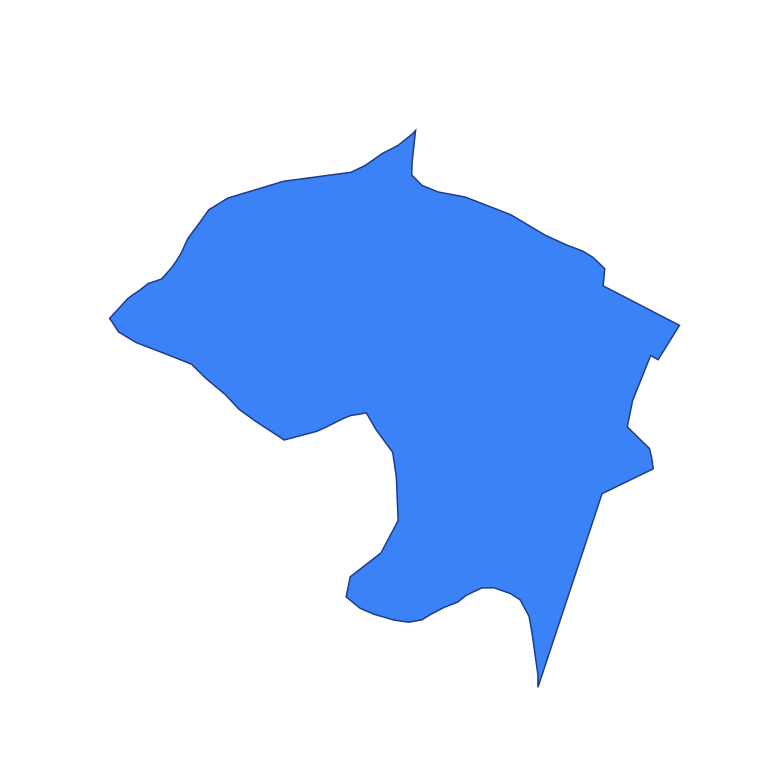 the district of Pusa, Sarawak, Malaysia, rotated 105°
{"feature_id": "92858781B40387139442699", "entity_name": "Pusa", "entity_type": "district", "adm_level": 2, "iso_a3": "MYS", "parent_name": "Malaysia", "parent_adm1": "Sarawak", "projection": "equal_earth", "projection_center": [111.164, 1.539], "detail": "fine", "context": "isolated", "style": "filled", "palette": "blue", "viewbox_px": 768, "rotation_deg": 105, "n_neighbors": 0, "source": "geoboundaries", "source_scale": "gbopen_adm2", "svg_char_len": 1191}
<svg xmlns="http://www.w3.org/2000/svg" viewBox="0 0 768 768"><g transform="rotate(105 384 384)"><path d="M327.0,619.4L340.2,626.1L348.0,637.8L356.7,644.3L362.8,649.6L368.0,653.7L391.6,666.0L402.5,653.7L408.1,634.3L412.1,596.8L414.7,575.0L424.7,557.4L435.6,534.0L446.0,517.5L453.5,497.6L463.9,465.9L446.9,436.5L441.3,429.5L433.4,420.7L427.7,414.2L422.9,407.8L419.9,400.7L416.4,393.7L430.4,379.6L447.8,357.9L470.9,347.9L512.3,335.0L548.0,343.2L578.9,366.7L599.4,365.5L606.8,349.1L609.0,334.4L609.4,312.7L607.7,298.6L602.0,286.3L595.1,279.9L584.2,268.1L575.5,256.2L574.2,255.3L566.7,249.8L555.8,237.0L552.4,225.1L553.7,207.7L557.2,196.7L570.8,183.8L586.4,176.5L625.2,160.0L637.1,156.8L433.5,145.0L396.2,102.0L386.3,106.2L377.6,110.9L371.1,122.6L362.4,137.9L335.8,139.6L287.4,133.8L289.6,125.5L250.9,113.8L232.5,197.7L215.5,200.6L207.7,214.7L204.2,226.5L202.5,243.5L198.5,267.0L187.7,305.4L182.4,354.1L184.5,381.3L182.4,398.5L174.9,411.4L162.2,414.3L130.9,419.1L135.0,421.3L150.0,432.3L161.6,445.1L177.9,458.9L188.1,470.8L214.0,533.2L244.6,582.7L261.0,598.3L273.2,602.8L284.8,607.4L294.3,611.1L310.0,613.8L319.5,616.6L327.0,619.4Z" fill="#3b82f6" stroke="#1e3a8a" stroke-width="1.5"/></g></svg>